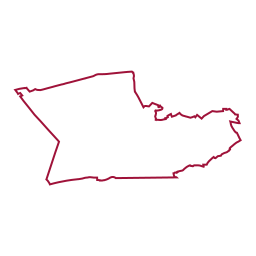 Son en Breugel, Noord-Brabant, Netherlands
{"feature_id": "6326949B33588539709853", "entity_name": "Son en Breugel", "entity_type": "district", "adm_level": 2, "iso_a3": "NLD", "parent_name": "Netherlands", "parent_adm1": "Noord-Brabant", "projection": "natural_earth1", "projection_center": [5.494, 51.518], "detail": "fine", "context": "isolated", "style": "outline", "palette": "rose", "viewbox_px": 256, "rotation_deg": 0, "n_neighbors": 0, "source": "geoboundaries", "source_scale": "gbopen_adm2", "svg_char_len": 5383}
<svg xmlns="http://www.w3.org/2000/svg" viewBox="0 0 256 256"><path d="M49.9,184.4L51.0,184.1L53.6,183.4L56.1,182.8L58.7,182.2L61.3,181.7L63.9,181.2L66.5,180.7L69.1,180.3L71.8,179.9L74.4,179.6L77.0,179.3L79.0,179.1L81.4,178.7L82.1,178.6L82.5,178.5L83.2,178.3L85.0,177.8L85.7,177.7L86.4,177.6L87.0,177.6L88.2,177.4L89.1,177.2L90.4,177.2L91.1,177.3L91.4,177.3L92.2,177.4L93.8,177.6L97.1,177.6L97.2,180.0L98.1,180.0L100.1,180.3L100.1,180.5L100.8,180.5L101.5,180.5L102.2,180.5L102.9,180.4L103.2,180.3L103.9,180.2L104.3,180.2L104.9,180.0L105.6,179.8L105.9,179.7L106.5,179.5L107.2,179.2L107.8,179.0L108.2,178.7L108.5,178.6L109.1,178.3L109.7,177.9L110.1,177.7L110.4,177.5L110.7,177.4L111.1,177.3L111.4,177.2L111.6,177.1L112.1,177.0L112.5,177.0L112.9,177.0L113.3,177.0L113.6,177.1L113.9,177.1L114.3,177.3L114.7,177.4L115.0,177.6L115.4,177.8L115.6,178.0L115.8,178.1L176.5,177.4L176.4,177.3L176.1,177.2L175.2,177.1L174.8,177.0L174.6,176.9L174.4,176.7L174.1,175.8L174.0,175.6L173.9,175.2L173.6,174.0L173.5,173.3L174.1,173.2L174.7,172.7L175.0,172.5L175.3,172.5L175.6,172.5L175.9,172.6L176.4,172.8L176.5,172.8L176.9,172.7L177.0,172.6L176.6,172.4L176.9,172.0L177.2,172.0L177.3,171.9L177.5,171.6L177.8,171.6L178.2,171.6L178.3,171.7L178.5,171.6L178.7,171.4L178.8,171.3L179.1,171.2L182.1,170.6L182.4,170.5L182.8,170.3L183.0,170.2L183.7,169.5L184.4,168.8L185.4,168.0L186.4,167.2L186.8,166.9L188.4,166.0L188.7,165.8L189.2,165.7L189.3,165.6L189.6,165.5L189.7,165.4L189.9,165.4L189.9,165.5L190.1,165.6L190.3,165.7L190.5,165.8L191.0,166.0L191.4,166.0L191.6,165.9L191.9,165.9L192.0,166.0L192.3,166.2L192.5,166.2L193.0,166.2L193.4,165.9L194.0,165.4L194.3,165.3L194.5,165.3L195.3,165.3L196.0,165.4L196.5,165.3L197.6,165.3L198.7,165.4L199.6,165.5L200.0,165.6L200.4,165.7L201.9,166.2L203.6,166.7L203.7,166.4L203.6,166.1L203.3,164.7L205.1,164.7L206.7,164.7L207.6,162.9L208.9,161.3L212.6,157.8L213.7,157.0L214.2,157.7L214.3,157.8L214.6,158.0L214.8,158.0L215.6,157.9L215.7,158.0L217.7,156.3L217.9,156.2L218.1,156.1L218.3,156.1L220.9,155.7L221.1,155.3L221.7,154.4L221.8,154.3L221.9,154.2L222.6,153.9L223.3,153.5L224.1,153.1L224.6,152.9L224.9,152.8L225.7,152.6L226.7,152.2L227.0,152.1L227.6,151.7L228.5,150.9L228.9,150.5L229.0,150.5L229.0,150.4L229.1,150.2L230.1,149.5L230.1,149.4L229.9,148.5L229.9,148.3L229.8,148.2L230.5,147.4L231.6,146.5L233.3,145.1L234.2,144.3L235.9,143.0L236.6,142.5L238.4,141.6L240.6,140.2L239.5,138.2L237.1,133.2L237.0,132.9L236.8,132.7L236.6,132.6L236.4,132.6L236.2,132.5L235.9,132.5L234.9,131.5L234.4,130.8L234.1,130.4L233.1,128.8L232.3,127.6L231.9,126.8L231.5,126.1L231.3,125.7L231.2,125.2L230.9,124.3L230.5,122.1L230.3,121.5L237.0,122.9L237.8,123.0L238.3,123.1L239.5,123.1L238.5,120.6L236.5,118.9L237.2,118.0L237.6,117.3L237.8,116.9L237.9,116.5L237.8,114.7L236.6,114.6L235.9,114.5L235.4,114.4L235.1,114.4L234.6,113.6L233.7,112.8L229.5,108.9L229.3,108.9L227.3,109.7L226.3,109.8L226.3,109.7L226.3,108.9L223.2,108.9L223.1,111.1L216.7,111.7L212.3,111.1L203.9,116.1L201.6,118.6L197.1,114.9L195.3,117.3L194.4,116.3L192.2,117.2L191.1,117.5L190.4,117.7L186.9,116.7L186.0,116.5L184.7,116.1L183.2,115.7L182.7,115.5L182.3,115.4L181.9,115.1L181.5,114.8L181.1,114.6L180.1,113.7L179.8,113.3L179.5,112.9L179.2,113.1L176.2,115.0L176.0,115.3L175.8,115.4L173.4,116.2L171.9,116.7L171.6,116.0L171.5,115.7L171.3,115.3L170.9,114.0L169.2,114.9L167.5,115.9L167.8,117.2L166.5,117.7L166.4,117.8L166.4,118.0L165.3,118.2L165.5,118.8L165.6,119.1L164.9,119.2L164.5,119.3L164.0,119.4L163.6,119.4L163.1,119.6L162.8,119.7L162.3,119.8L161.5,119.9L161.1,120.0L160.2,120.0L159.7,120.0L159.3,119.9L158.8,119.9L156.0,119.7L155.9,119.9L155.7,119.8L155.9,119.2L156.0,119.0L156.0,118.7L155.8,118.4L155.7,118.2L155.6,117.7L155.5,117.4L155.2,116.5L155.2,116.3L155.3,116.0L155.3,115.9L155.4,115.7L155.6,115.4L155.6,115.1L155.9,114.0L156.0,113.6L156.0,112.9L155.9,112.6L155.8,112.2L155.6,111.8L155.4,111.4L155.3,111.2L155.4,110.6L155.7,110.4L155.8,110.4L156.0,110.5L156.6,110.6L157.1,110.6L157.6,110.5L159.0,110.3L159.9,110.0L160.4,109.9L161.3,109.6L161.7,109.4L162.1,109.1L162.3,108.8L162.4,108.5L162.4,108.3L162.4,108.0L162.4,107.7L161.9,107.4L160.9,106.7L160.6,106.4L160.2,105.8L159.7,106.3L159.5,106.8L158.9,107.2L158.4,107.0L158.3,106.7L158.6,106.3L159.2,105.6L157.1,104.8L156.4,104.5L155.5,104.2L152.3,102.9L149.0,106.4L148.1,106.3L146.2,106.0L145.7,106.0L145.0,106.0L144.6,106.2L144.3,106.3L144.1,106.6L143.6,107.2L143.5,107.3L139.1,98.7L138.5,97.5L137.7,96.1L137.2,95.2L135.8,93.0L135.4,92.4L135.2,91.9L134.9,91.7L134.5,88.3L134.3,81.9L133.5,78.3L133.8,76.8L133.9,76.6L133.9,75.2L133.3,72.7L132.9,72.8L132.2,71.8L131.9,71.6L127.8,71.9L127.6,71.9L126.7,72.0L125.5,72.1L124.4,72.2L109.5,73.7L106.8,74.0L105.1,74.1L102.2,74.2L98.9,74.2L98.3,74.2L97.8,74.3L97.2,74.4L96.9,74.5L96.2,74.7L95.5,75.0L93.8,75.9L93.4,76.1L92.8,76.3L69.4,82.5L68.1,82.8L65.3,83.5L64.5,83.8L62.6,84.3L61.9,84.4L57.3,85.6L53.9,86.5L53.3,86.7L46.5,88.5L46.2,88.6L42.9,89.5L40.4,90.1L37.1,89.9L35.9,89.4L35.7,89.3L35.2,89.1L33.1,90.4L29.7,91.6L26.6,88.1L26.5,87.8L25.6,88.0L24.9,88.2L24.6,88.0L21.5,88.5L19.6,88.8L18.4,89.1L15.4,89.9L15.5,90.0L15.4,90.1L18.0,93.6L18.1,93.9L18.9,93.5L20.2,93.0L21.8,95.0L22.2,95.5L20.2,96.4L23.5,100.9L28.9,107.6L34.5,114.7L39.6,120.2L39.9,120.5L40.9,121.6L48.5,130.1L58.1,140.6L59.0,141.7L55.4,152.1L46.5,179.2L46.4,179.4L47.7,180.7L48.4,181.7L49.4,183.2L49.9,184.4Z" fill="none" stroke="#9f1239" stroke-width="2"/></svg>